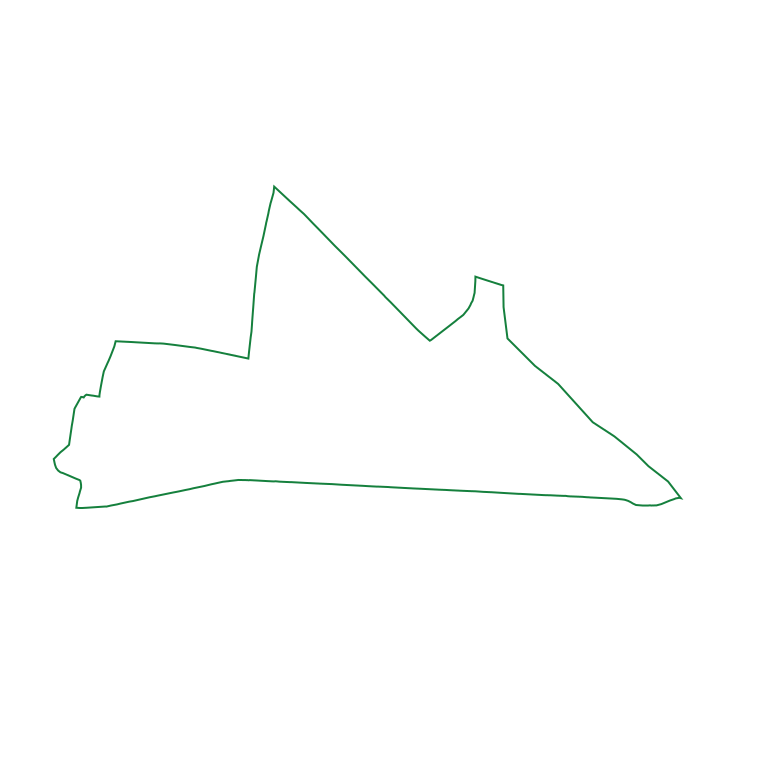 the district of Al Wehdah, Amanat Al Asimah, Yemen, rotated 190°
{"feature_id": "15242507B40413338286185", "entity_name": "Al Wehdah", "entity_type": "district", "adm_level": 2, "iso_a3": "YEM", "parent_name": "Yemen", "parent_adm1": "Amanat Al Asimah", "projection": "albers", "projection_center": [44.192, 15.335], "detail": "fine", "context": "isolated", "style": "outline", "palette": "green", "viewbox_px": 768, "rotation_deg": 190, "n_neighbors": 0, "source": "geoboundaries", "source_scale": "gbopen_adm2", "svg_char_len": 3240}
<svg xmlns="http://www.w3.org/2000/svg" viewBox="0 0 768 768"><g transform="rotate(190 384 384)"><path d="M611.0,225.1L595.3,231.7L590.0,233.7L588.1,234.5L572.4,240.7L570.5,241.4L567.4,242.6L561.0,245.2L557.1,246.7L553.7,248.2L543.3,252.3L536.5,255.3L533.5,256.5L530.4,257.8L525.8,259.7L521.7,260.9L520.2,261.3L518.5,261.9L517.1,262.3L512.7,263.6L510.8,264.2L501.9,265.6L500.4,265.7L499.7,266.0L494.0,266.7L481.3,268.2L475.7,268.9L473.8,269.4L469.8,269.7L460.5,270.9L457.9,271.3L444.6,272.9L429.6,274.8L417.7,276.4L408.5,277.4L386.7,280.1L382.2,280.6L374.1,281.6L370.8,282.1L370.1,282.2L361.7,283.3L359.4,283.5L357.0,283.8L336.5,286.3L328.9,287.3L311.3,289.5L304.7,290.4L301.2,290.8L289.3,292.3L279.5,293.6L275.4,294.2L267.7,295.0L263.1,295.6L262.2,295.7L259.2,296.1L245.1,297.7L232.3,299.2L231.2,299.4L214.9,301.4L210.0,302.0L206.7,302.4L200.8,303.3L199.3,303.5L194.4,304.1L187.1,305.1L185.5,305.4L183.7,305.4L181.6,305.6L169.3,307.3L164.8,307.7L162.5,308.0L161.2,308.1L156.5,308.7L138.4,310.9L135.1,311.3L129.7,311.7L127.3,311.8L126.0,311.7L123.3,311.3L120.6,310.5L118.1,309.5L114.8,308.6L108.5,309.2L103.1,310.1L100.9,310.7L99.9,310.7L94.5,311.8L90.0,313.9L82.0,319.0L78.5,320.9L76.8,322.0L75.9,322.3L73.5,323.2L71.8,323.1L87.3,337.3L109.3,349.0L122.9,358.5L148.0,372.4L170.4,382.0L171.8,382.6L212.5,414.3L238.4,428.0L270.3,450.3L278.5,476.9L279.6,480.5L283.7,501.8L285.7,501.9L299.1,503.7L308.6,505.0L312.6,505.6L311.9,501.2L310.7,490.3L310.6,489.5L310.8,487.0L310.9,485.1L311.1,482.6L311.2,481.4L312.2,478.7L312.6,476.8L313.9,473.0L317.9,465.8L322.6,460.7L324.5,458.4L328.3,454.2L330.0,452.3L336.3,445.4L345.2,435.6L346.4,434.6L351.9,437.9L356.6,440.8L359.5,442.6L362.0,444.3L391.7,465.7L397.7,469.8L399.1,471.0L409.3,478.2L410.1,478.8L418.4,484.6L421.0,486.4L440.4,500.3L445.3,503.8L456.1,511.3L458.6,513.1L474.9,524.9L479.1,527.9L481.5,529.6L492.3,537.5L497.6,540.8L504.3,545.1L508.9,548.0L525.0,558.4L526.4,559.3L526.0,553.1L526.9,544.0L527.1,542.5L527.5,534.5L527.5,532.0L527.9,523.6L528.0,522.7L528.0,520.9L528.4,508.7L529.0,498.7L529.5,489.5L529.5,488.7L529.5,487.7L529.6,477.3L528.8,468.0L527.5,451.7L527.5,450.4L526.1,436.9L525.8,433.8L524.7,422.8L524.3,419.3L523.6,412.5L523.4,406.8L522.5,392.3L522.0,385.5L557.9,386.7L559.9,386.7L570.4,387.0L574.6,387.0L576.3,387.1L577.8,387.0L581.0,386.8L597.0,386.1L608.1,385.5L611.5,385.1L613.6,384.7L617.1,384.2L634.7,382.1L639.9,381.5L655.7,379.5L656.1,374.2L658.1,364.0L659.4,358.4L659.7,357.4L660.5,354.2L662.1,347.8L662.3,342.3L662.4,333.5L662.4,329.1L662.4,327.7L662.4,326.7L662.3,323.7L662.1,322.2L664.3,322.0L668.5,322.0L669.9,321.9L675.2,321.8L676.1,320.9L676.9,319.8L677.4,318.6L678.3,318.7L679.1,318.8L680.0,318.7L680.5,317.5L684.1,307.1L684.5,305.8L684.2,293.8L684.2,288.5L684.1,286.0L683.8,275.2L683.6,269.4L685.7,266.7L688.5,263.2L690.7,260.7L693.1,257.3L694.2,255.6L696.2,252.8L694.8,249.3L694.0,247.4L692.3,244.4L689.9,242.2L687.4,240.9L686.4,240.7L685.1,240.6L671.0,237.3L667.1,236.5L666.3,236.0L665.5,234.1L664.8,232.0L664.3,229.3L664.8,225.4L664.9,223.7L665.5,219.1L665.8,215.6L665.5,208.7L662.6,209.0L659.6,209.5L655.3,210.5L637.4,214.9L636.0,215.1L631.8,216.9L625.9,219.1L623.0,220.4L614.2,224.0L611.0,225.1Z" fill="none" stroke="#15803d" stroke-width="2"/></g></svg>